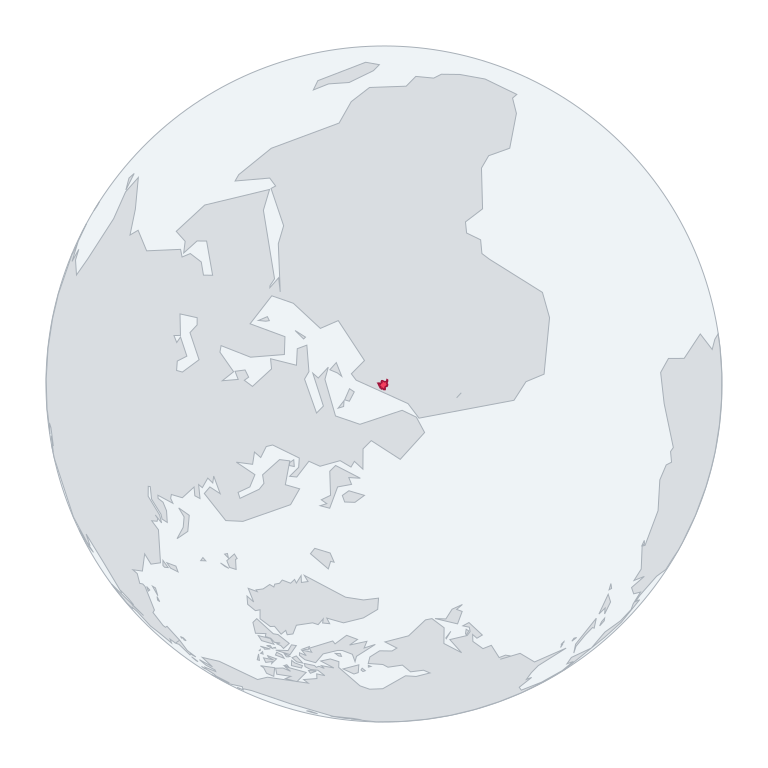 M'Sila on an orthographic globe, rotated 217°
{"feature_id": "DZA-2214", "entity_name": "M'Sila", "entity_type": "Province", "adm_level": 1, "iso_a3": "DZA", "parent_name": "Algeria", "parent_adm1": "", "projection": "orthographic", "projection_center": [4.266, 35.131], "detail": "fine", "context": "on_globe", "style": "filled", "palette": "rose", "viewbox_px": 768, "rotation_deg": 217, "n_neighbors": 0, "source": "natural_earth", "source_scale": "10m", "svg_char_len": 11778}
<svg xmlns="http://www.w3.org/2000/svg" viewBox="0 0 768 768"><g transform="rotate(217 384 384)"><circle cx="384" cy="384" r="338" fill="#eef3f6" stroke="#a8b0b8"/><path d="M186.9,109.5L208.8,96.5L199.9,102.2L207.2,98.5L218.8,91.5L224.6,88.0L265.4,72.6L305.2,59.5L313.5,55.7L315.1,57.0L327.8,51.1L346.6,48.2L328.0,51.6L328.1,52.2L342.2,49.7L345.4,50.0L354.0,49.3L356.5,50.1L345.4,53.1L346.9,53.9L356.8,52.3L365.5,52.8L350.8,54.9L364.6,56.3L348.6,63.4L307.1,71.9L300.6,79.7L264.5,99.5L270.3,99.6L260.3,108.4L263.3,112.0L255.7,115.5L264.6,115.6L270.9,111.8L277.0,110.8L279.3,112.9L270.1,117.3L267.6,117.0L266.1,119.4L260.5,120.9L264.5,121.4L253.1,127.1L267.8,124.7L261.4,132.1L252.9,135.1L249.6,130.4L221.5,128.5L211.8,131.6L201.6,139.9L191.2,163.9L182.3,169.8L173.4,180.9L180.2,179.2L189.6,170.1L200.1,170.6L210.4,160.2L216.1,159.3L228.4,151.3L231.0,157.5L226.9,168.3L216.9,175.6L214.8,180.9L228.0,178.6L212.8,197.7L208.9,220.6L204.5,225.5L189.3,225.5L180.0,212.8L160.3,216.1L177.6,219.5L166.2,233.2L166.2,238.1L169.5,241.1L175.5,238.3L172.6,244.6L154.4,242.7L156.8,236.9L162.5,237.3L158.1,231.9L145.7,232.2L141.0,239.9L127.4,234.8L123.8,240.6L118.8,243.2L125.5,234.1L113.2,250.8L96.5,252.6L79.6,282.7L91.3,252.0L92.6,242.2L92.5,233.8L89.5,238.5L93.5,223.2L90.1,222.1L78.7,240.7L69.2,262.3L65.8,276.4L69.5,270.6L69.8,278.4L59.5,297.9L58.3,318.8L52.6,337.2L50.9,352.6L52.7,358.4L53.9,372.2L58.3,366.7L63.8,370.4L60.3,387.0L66.1,377.5L67.2,391.0L80.3,409.9L78.4,412.2L88.9,447.8L106.0,473.4L109.9,489.2L107.3,494.6L114.5,502.5L114.7,507.4L148.5,537.0L170.0,559.7L172.2,575.6L159.7,585.1L161.5,614.3L142.7,609.1L146.7,618.9L147.3,625.0L137.6,615.3L120.7,595.8L105.3,575.1L91.6,553.3L79.5,530.5L77.6,526.5L71.4,512.2L65.0,495.5L56.3,466.6L50.3,437.2L49.0,428.7L48.3,417.0L47.3,405.4L50.6,394.5L52.5,369.3L52.1,361.8L50.0,365.6L51.1,336.6L55.3,314.6L67.7,265.1L77.3,242.2L88.5,220.0L101.4,198.8L115.8,178.5L131.6,159.3L148.8,141.4L167.3,124.7L186.9,109.5ZM74.4,291.5L73.5,324.7L69.2,315.5L70.9,315.0L72.2,304.3L72.8,290.0L70.5,283.3L74.4,291.5ZM84.7,284.3L84.4,279.8L85.3,283.0L84.7,284.3ZM226.8,86.6L218.7,91.5L207.1,98.1L213.4,93.8L226.8,86.6ZM249.3,76.3L246.5,78.1L238.6,80.7L242.7,78.8L249.3,76.3ZM318.7,53.4L311.5,55.2L317.4,53.5L318.7,53.4ZM354.8,49.1L355.8,48.7L359.8,48.6L354.8,49.1ZM226.1,148.5L227.2,149.9L224.4,150.6L226.1,148.5ZM230.4,143.9L226.4,143.8L227.8,141.7L230.3,141.8L230.4,143.9ZM367.4,50.0L373.6,50.4L365.4,50.4L367.4,50.0ZM235.1,144.6L230.9,138.0L233.5,134.3L245.2,131.8L235.1,144.6ZM375.9,50.9L391.0,52.7L394.6,51.6L393.0,56.4L380.7,52.8L370.0,52.8L376.2,51.9L375.9,50.9ZM271.9,109.8L265.3,113.9L268.7,108.7L271.9,109.8ZM272.6,106.8L274.4,93.9L285.4,89.4L282.5,94.4L295.0,87.7L299.5,91.8L293.7,96.4L285.7,98.3L293.5,98.6L272.6,106.8ZM389.7,59.3L391.7,60.5L387.5,59.9L389.7,59.3ZM279.6,110.0L279.0,107.5L288.5,103.4L291.4,107.7L287.4,107.6L279.6,110.0ZM296.1,84.2L303.7,82.3L309.4,85.0L313.1,84.7L300.6,91.6L296.1,84.2ZM286.5,109.6L292.7,110.1L290.4,114.0L280.9,112.2L286.5,109.6ZM289.7,100.7L294.3,99.0L292.7,101.3L289.7,100.7ZM285.6,129.4L284.6,126.0L289.5,123.4L285.6,129.4ZM295.2,110.0L296.0,108.7L297.8,107.4L301.3,108.6L295.2,110.0ZM305.5,93.2L306.3,95.0L310.9,90.5L315.4,92.8L306.2,97.2L312.0,96.2L313.4,97.0L304.4,99.8L305.5,93.2ZM310.3,106.3L300.2,113.4L300.9,120.0L296.6,122.3L296.2,111.3L310.3,106.3ZM307.6,102.2L308.3,105.2L302.6,106.2L298.6,104.9L307.6,102.2ZM321.7,92.9L317.2,88.3L319.3,87.5L321.7,92.9ZM311.6,107.9L314.0,106.2L312.3,108.3L311.6,107.9ZM319.9,97.2L318.0,95.5L320.5,94.7L319.9,97.2ZM320.4,104.5L317.2,106.6L314.3,105.6L320.4,104.5ZM321.1,100.9L325.0,100.2L315.3,104.0L319.8,100.3L321.1,100.9ZM322.5,96.7L323.4,95.6L323.0,97.5L322.5,96.7ZM333.0,107.4L321.5,112.4L315.3,109.9L327.3,105.4L333.0,107.4ZM481.2,60.3L471.9,59.0L436.7,54.4L452.0,56.1L451.5,57.1L458.7,58.8L469.2,60.5L468.6,59.7L500.5,72.7L531.6,84.9L522.2,78.5L524.8,78.3L552.0,90.9L601.2,125.3L602.9,126.6L612.0,134.6L613.2,135.9L607.2,130.7L618.8,142.3L610.7,135.4L623.6,148.6L627.8,151.6L620.7,143.2L635.4,158.7L637.8,160.9L656.9,184.8L673.8,210.3L688.3,237.2L688.3,237.3L695.5,253.8L698.1,259.5L711.4,300.5L711.0,300.7L716.3,323.0L716.6,324.3L718.1,333.1L718.0,332.8L714.2,314.2L706.9,294.1L708.8,307.9L705.0,297.4L695.2,286.0L695.9,305.7L699.4,353.3L706.0,381.9L704.5,401.1L687.8,374.0L676.5,350.1L672.9,358.8L653.7,347.5L627.5,369.1L621.7,363.9L617.2,371.6L603.4,371.5L593.7,362.3L586.3,367.7L611.7,391.4L619.4,385.7L622.8,368.1L628.7,378.3L641.8,380.9L634.9,419.0L592.5,470.5L584.9,450.2L534.7,402.1L534.3,394.3L534.0,393.5L533.1,392.2L532.1,405.4L522.3,395.1L552.8,432.4L559.4,450.0L591.9,472.2L589.7,476.9L599.2,479.7L625.1,456.5L626.0,463.8L615.9,504.4L576.9,565.4L580.1,589.8L574.0,612.1L545.5,635.2L543.7,648.8L528.4,658.2L524.6,665.9L509.8,676.8L486.8,688.4L452.2,695.2L453.4,689.7L441.1,679.8L425.5,648.0L437.8,629.3L436.1,615.1L410.7,583.2L416.5,562.5L408.9,554.3L393.6,557.3L384.3,547.1L374.8,547.1L312.6,552.5L291.7,536.6L262.1,488.2L272.0,471.3L270.4,449.2L335.5,377.8L353.0,382.8L408.6,370.3L416.2,372.5L413.7,391.0L458.7,407.1L468.3,390.1L505.0,393.9L526.7,386.9L527.2,351.5L491.6,362.2L481.3,347.6L506.7,325.1L537.2,316.6L534.2,310.7L511.5,303.3L515.1,289.3L503.2,299.9L510.6,304.5L503.4,311.6L496.2,308.0L497.8,302.9L487.6,302.9L482.9,328.4L489.8,335.9L465.2,346.3L474.5,360.0L469.0,368.6L451.4,348.7L450.4,340.1L420.4,320.2L419.1,329.9L447.4,349.8L440.1,349.2L438.6,363.9L434.0,352.2L403.5,329.3L379.0,337.3L353.7,373.9L338.2,377.0L322.4,369.7L325.7,333.6L360.1,331.1L361.7,319.6L349.6,303.3L361.1,304.4L360.4,297.8L372.9,296.4L385.6,279.8L397.5,277.1L397.7,257.2L403.8,253.5L402.0,266.1L407.1,273.9L436.2,268.3L440.4,263.2L438.2,251.1L446.5,251.7L440.6,240.8L454.9,232.7L432.5,233.9L429.2,221.1L435.3,209.6L430.2,206.0L420.3,224.9L420.1,232.4L426.3,238.4L421.9,260.8L413.0,265.9L402.2,244.2L388.3,249.5L386.0,231.4L414.0,189.4L428.2,179.7L461.6,188.4L461.1,197.0L448.8,197.8L464.6,208.0L461.2,201.9L468.1,202.8L466.7,191.9L471.5,192.1L462.0,181.8L467.8,180.9L473.7,187.4L476.6,171.8L487.3,167.8L485.6,164.3L480.8,161.7L497.6,159.1L495.6,156.7L489.3,156.6L481.4,151.9L473.8,143.0L480.0,142.6L483.6,145.7L500.4,152.2L508.9,161.4L510.7,160.4L504.8,152.4L484.3,144.3L478.0,139.2L487.9,141.8L483.8,140.4L482.6,137.8L487.2,135.0L476.4,131.8L454.9,106.7L461.7,99.9L472.9,104.3L464.4,89.2L472.8,84.5L467.0,84.1L459.1,77.8L456.3,79.1L453.0,78.5L431.3,65.3L431.0,62.5L415.1,58.2L412.1,58.2L411.5,59.9L393.0,56.4L394.6,51.6L401.3,51.5L397.8,49.3L413.5,50.0L424.8,50.2L444.0,53.7L451.3,54.3L449.1,53.4L457.3,54.3L476.9,59.1L481.2,60.3ZM317.7,416.7L317.0,423.5L317.7,416.7ZM573.1,324.5L589.1,317.2L575.8,300.3L580.9,296.3L574.5,292.4L574.8,299.1L558.2,287.6L562.9,277.9L557.8,270.0L552.2,272.2L546.3,292.1L569.9,308.3L568.8,318.7L573.1,324.5ZM80.8,410.3L82.0,415.8L79.6,412.8L80.8,410.3ZM66.2,320.6L67.2,325.1L66.9,329.8L65.6,327.4L66.2,320.6ZM80.4,355.1L82.7,361.2L79.2,357.7L80.4,355.1ZM73.9,329.6L78.4,351.0L71.9,346.3L69.4,333.1L72.6,338.2L73.9,329.6ZM79.2,291.6L79.3,295.3L77.6,297.5L79.2,291.6ZM85.3,286.7L84.9,286.0L85.9,282.3L85.3,286.7ZM167.3,233.2L168.6,233.6L170.8,237.6L167.6,237.8L167.3,233.2ZM194.1,245.1L188.7,255.1L190.3,247.7L184.7,249.4L180.9,236.7L202.1,227.4L193.2,233.6L194.1,245.1ZM181.8,218.4L181.8,226.7L181.0,218.0L181.8,218.4ZM344.4,266.1L350.2,269.9L347.8,277.6L332.6,283.3L336.0,272.0L344.4,266.1ZM359.1,273.9L352.6,252.1L361.7,248.4L357.7,254.0L364.4,253.8L359.7,262.9L374.8,281.7L373.6,289.8L346.2,294.5L355.8,288.1L349.5,284.3L359.1,273.9ZM319.9,210.2L317.2,202.8L340.6,204.2L340.4,211.1L325.3,216.6L316.6,211.7L319.9,210.2ZM256.6,142.4L254.0,140.9L256.6,139.5L260.8,139.5L256.6,142.4ZM284.7,128.0L270.3,147.9L266.7,147.0L262.6,160.8L251.4,164.1L254.4,154.8L242.8,168.2L241.0,161.2L234.2,170.8L242.1,149.9L240.0,144.8L246.6,149.1L256.9,146.1L260.7,143.3L270.2,131.8L270.9,120.3L281.2,116.2L288.3,116.4L289.7,118.5L282.6,120.3L289.6,121.9L280.3,126.3L284.7,128.0ZM365.8,132.2L356.9,131.5L369.5,139.1L360.3,141.9L362.3,142.6L357.2,147.6L354.6,155.1L349.8,155.6L350.8,158.4L347.5,162.0L347.3,166.2L338.7,168.7L337.8,174.1L334.2,172.3L334.9,181.1L330.5,175.8L325.8,180.5L332.5,183.2L286.4,190.6L270.4,199.2L259.5,209.7L253.4,200.2L259.7,184.8L272.6,168.9L288.8,162.6L283.1,159.9L289.2,156.2L291.2,159.9L291.8,152.2L297.3,150.3L308.8,138.6L306.3,129.6L310.4,125.5L314.2,128.1L315.6,122.3L325.6,124.6L328.8,121.9L341.7,121.9L347.1,129.1L350.3,125.6L360.3,126.0L365.8,132.2ZM336.6,107.6L345.2,114.7L344.4,120.0L322.1,117.9L317.9,120.1L303.6,119.8L305.1,112.3L309.1,113.0L313.2,112.0L311.1,114.7L315.9,111.8L321.5,112.8L326.8,110.9L328.1,113.6L336.6,107.6ZM422.4,364.7L427.8,364.8L435.8,362.8L435.0,372.4L422.4,364.7ZM401.3,349.4L405.9,347.7L408.7,359.5L403.0,359.8L401.3,349.4ZM406.1,337.1L405.9,346.7L402.7,341.7L406.1,337.1ZM406.0,264.1L410.6,261.9L412.0,264.6L410.5,269.2L406.0,264.1ZM401.2,158.2L396.2,156.2L397.0,154.6L390.5,146.9L396.9,144.6L403.2,148.3L401.2,158.2ZM522.5,359.2L517.7,367.6L513.7,365.6L516.2,363.0L522.5,359.2ZM475.3,371.6L487.2,373.2L474.9,374.2L475.3,371.6ZM407.0,154.4L403.6,151.4L408.9,152.2L407.0,154.4ZM401.2,142.6L406.9,142.7L396.9,143.4L401.2,142.6ZM619.4,586.4L592.3,629.9L579.9,636.2L581.0,627.9L593.3,603.8L608.9,590.3L617.4,576.3L619.4,586.4ZM721.0,358.6L720.3,354.1L720.0,347.9L720.0,348.0L721.0,358.6ZM706.9,383.6L711.6,395.0L710.2,401.8L706.9,383.6ZM456.2,135.9L458.1,148.7L463.7,157.6L473.4,161.5L460.5,161.9L452.0,148.2L456.2,135.9ZM454.4,110.1L445.9,107.5L448.9,105.6L451.3,106.0L454.4,110.1ZM449.8,110.6L440.6,113.3L435.4,110.0L443.6,108.5L449.8,110.6ZM424.1,132.6L424.2,136.4L419.9,135.5L424.1,132.6ZM539.0,83.7L539.8,84.2L520.6,76.9L514.7,74.7L525.4,77.2L528.8,78.9L534.8,81.7L536.0,82.2L539.0,83.7ZM394.6,59.8L392.0,60.4L392.3,59.3L394.6,59.8ZM451.7,79.4L447.1,78.5L447.6,76.8L451.7,79.4ZM434.8,75.2L437.4,77.7L432.1,75.2L434.8,75.2ZM443.8,83.6L437.2,78.8L447.2,83.2L443.8,83.6Z" fill="#d9dde1" stroke="#a8b0b8" stroke-width="1"/><path d="M387.8,380.2L387.8,380.3L388.0,380.4L388.3,380.5L388.5,380.8L389.3,381.0L388.8,381.5L388.7,381.6L388.4,381.7L388.3,381.8L388.2,381.7L387.7,381.7L387.5,381.8L387.3,381.9L387.2,381.8L387.1,381.7L386.9,381.7L387.0,382.1L387.1,382.3L387.1,382.5L387.0,383.0L386.9,383.2L386.7,383.4L386.6,383.5L386.5,383.8L386.9,383.9L387.1,383.9L387.3,384.0L387.5,384.1L387.6,384.3L387.8,385.1L387.7,385.2L387.7,385.3L387.6,385.5L387.4,385.6L387.2,385.7L386.7,385.8L386.4,385.9L386.2,385.9L385.7,386.0L385.3,386.1L385.2,386.1L384.9,386.1L384.7,386.2L384.6,386.3L384.5,386.5L384.4,386.6L384.0,387.0L383.9,387.2L383.8,387.3L383.7,387.6L383.6,387.8L383.8,388.4L383.9,388.6L384.0,388.7L384.1,388.9L384.1,389.0L384.2,389.3L383.7,389.3L383.7,389.2L383.0,388.7L382.9,388.6L382.9,388.4L382.9,388.2L382.6,387.6L382.3,386.7L382.3,386.3L382.3,386.2L381.5,386.0L381.4,386.0L381.2,386.0L381.1,385.9L381.0,385.7L380.9,385.6L380.8,385.4L380.7,385.4L380.7,385.2L380.8,385.1L380.7,385.0L380.7,384.8L380.6,384.7L380.8,384.5L380.8,384.4L380.7,384.4L380.5,384.5L380.5,384.4L380.4,384.4L380.2,383.9L381.1,383.1L381.1,382.9L381.1,382.6L381.1,382.4L381.3,382.2L381.2,381.9L380.6,381.3L380.5,381.2L380.4,381.2L380.1,380.9L379.8,380.3L379.8,380.1L380.0,380.0L380.2,380.4L380.3,380.5L380.5,380.8L380.6,380.7L380.6,380.4L380.5,380.2L380.6,379.9L380.8,379.9L380.9,379.7L381.0,379.6L381.0,379.4L381.3,379.3L381.5,379.3L381.8,379.5L382.0,379.7L382.4,379.6L382.5,379.5L382.8,379.6L382.9,379.4L382.9,379.2L383.1,378.7L383.2,378.8L383.3,378.9L383.5,378.9L383.8,378.8L384.4,378.9L384.5,378.9L384.8,378.9L384.9,378.7L385.0,378.7L385.1,378.8L385.2,379.0L385.3,379.1L385.2,379.3L385.0,379.5L384.9,379.6L384.9,379.8L385.0,379.9L385.6,379.9L385.8,379.9L386.2,379.7L386.3,379.7L386.6,379.7L386.8,379.6L387.0,379.8L387.3,380.0L387.5,380.1L387.8,380.2Z" fill="#f43f5e" stroke="#9f1239" stroke-width="1.5"/></g></svg>